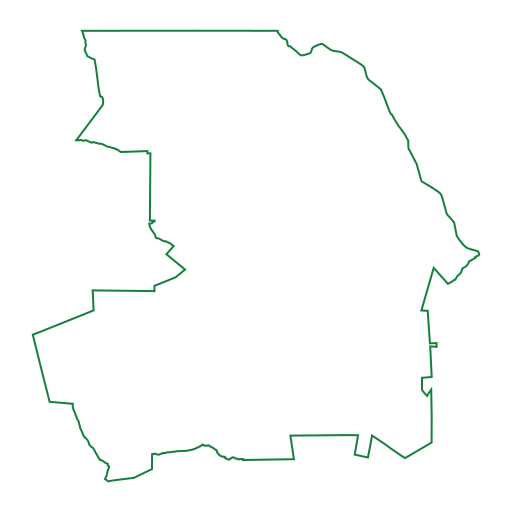 outline of Juárez, Chihuahua, Mexico
{"feature_id": "50627088B5477759296036", "entity_name": "Juárez", "entity_type": "district", "adm_level": 2, "iso_a3": "MEX", "parent_name": "Mexico", "parent_adm1": "Chihuahua", "projection": "albers", "projection_center": [-106.665, 31.452], "detail": "fine", "context": "isolated", "style": "outline", "palette": "green", "viewbox_px": 512, "rotation_deg": 0, "n_neighbors": 0, "source": "geoboundaries", "source_scale": "gbopen_adm2", "svg_char_len": 5889}
<svg xmlns="http://www.w3.org/2000/svg" viewBox="0 0 512 512"><path d="M477.8,251.2L470.9,249.3L467.3,248.1L465.6,246.9L463.4,244.9L458.8,239.1L457.0,236.3L456.7,235.5L454.2,222.9L453.0,221.0L447.6,215.0L446.9,214.0L446.6,213.3L442.1,197.0L441.5,195.5L440.6,194.0L439.2,192.5L432.1,187.6L422.0,181.6L421.3,180.8L417.2,165.9L416.6,163.9L415.7,162.1L408.6,148.6L408.4,147.9L408.2,141.1L408.2,140.6L408.0,140.1L407.0,138.5L405.1,134.9L400.3,128.1L398.4,125.7L397.3,123.9L395.7,121.4L393.5,117.6L392.4,115.4L391.7,114.5L391.0,114.1L390.1,112.7L387.8,106.9L384.0,96.7L381.1,89.9L380.7,89.2L373.4,83.4L369.5,80.4L368.0,79.0L366.9,77.0L366.1,74.2L366.0,73.6L364.6,68.3L364.2,67.5L362.7,65.6L360.0,63.8L348.5,56.5L342.2,52.6L340.1,51.8L334.5,51.1L332.6,50.6L330.8,49.9L322.4,44.0L321.8,43.8L319.4,44.4L318.4,44.9L317.4,45.2L314.6,46.5L313.6,47.0L312.7,47.8L312.0,48.8L311.1,52.0L310.4,52.8L309.6,53.4L307.4,54.1L303.8,55.1L302.5,55.3L301.3,55.3L300.1,54.8L299.3,54.2L298.6,53.5L296.9,52.0L296.2,51.2L295.2,50.5L292.8,48.4L292.0,48.0L290.4,46.4L290.0,46.2L288.7,46.3L288.4,46.0L287.8,45.1L287.4,43.7L287.1,41.3L286.8,40.6L286.0,39.5L285.6,39.2L283.8,38.8L283.2,38.6L281.1,36.7L280.4,35.7L280.0,35.0L277.7,32.3L277.6,31.9L277.7,30.8L197.6,30.7L82.0,30.8L82.4,31.5L82.5,32.0L83.0,33.1L83.9,36.9L84.4,38.3L85.5,40.5L85.4,42.4L86.0,44.3L86.1,44.8L84.6,49.9L87.5,56.3L90.4,57.7L91.9,58.6L94.3,59.3L94.6,59.6L96.1,68.4L97.3,77.7L98.2,85.4L99.1,91.1L100.0,96.0L100.5,96.4L100.6,96.6L101.0,96.7L101.7,96.7L102.0,96.8L102.2,97.5L102.5,97.8L102.5,98.2L102.9,98.9L103.2,100.7L103.2,101.5L103.0,103.7L102.8,104.9L79.8,135.6L77.4,138.7L76.9,139.5L76.2,140.3L77.4,140.5L78.3,140.4L79.1,140.1L79.6,140.2L80.2,140.0L80.9,140.0L81.9,140.2L83.1,140.8L83.4,140.8L84.5,140.6L84.8,140.6L85.8,140.2L86.2,140.2L86.8,140.4L87.5,141.0L89.0,141.5L90.0,142.2L90.6,142.4L91.1,142.3L91.8,142.6L92.3,142.6L93.3,142.1L93.8,142.1L94.8,142.5L95.0,142.6L96.1,142.8L96.5,143.0L96.8,143.0L97.5,143.2L98.8,143.7L100.1,143.8L100.8,143.6L103.4,144.6L104.6,145.3L105.4,145.5L107.2,146.6L107.6,146.7L109.5,147.0L110.7,147.3L111.5,147.7L112.0,147.8L112.7,147.9L114.0,148.3L115.3,148.9L115.8,148.8L116.4,149.3L118.0,149.9L119.1,150.9L120.8,152.0L147.4,151.1L147.4,153.3L150.4,153.3L149.9,220.6L154.7,220.6L154.7,221.2L154.0,221.6L152.7,221.9L152.2,223.0L151.8,223.4L150.3,223.5L149.9,223.7L149.3,223.7L149.7,226.2L150.9,228.9L154.6,234.1L155.6,236.6L155.6,237.3L155.7,237.5L156.3,238.0L156.5,238.1L156.8,238.1L157.5,238.3L158.3,238.3L159.3,238.8L160.4,239.3L161.7,240.2L164.0,241.1L164.2,241.3L165.5,241.4L166.1,241.3L166.9,241.9L168.0,242.5L168.4,242.5L168.9,242.9L169.7,243.0L170.7,243.7L171.6,244.6L172.9,245.5L173.1,245.7L173.3,245.8L173.7,246.1L166.4,254.2L185.1,269.6L175.5,277.3L174.2,277.9L154.5,285.8L154.5,291.1L92.7,290.4L93.6,310.4L38.8,332.4L32.8,334.6L39.9,363.5L49.6,401.8L72.9,403.8L72.7,405.2L72.8,406.9L72.9,407.6L73.5,409.7L74.0,411.0L74.7,412.1L75.0,413.3L75.8,415.5L76.7,417.1L76.7,417.5L76.6,417.8L76.6,418.1L77.2,419.1L78.1,420.4L78.8,422.0L79.1,423.8L80.0,426.5L80.0,427.5L81.4,430.4L81.7,431.5L82.0,431.9L82.4,433.0L83.1,434.3L83.1,434.5L83.4,434.9L83.4,435.6L83.9,436.4L84.4,437.0L84.6,437.4L84.7,437.5L85.1,437.5L85.4,437.7L87.5,440.1L88.7,442.4L88.9,443.1L88.9,443.9L89.3,444.6L91.1,446.6L92.2,447.4L93.2,448.2L94.2,449.9L95.9,453.2L96.6,454.1L97.0,454.8L97.6,456.0L97.9,456.9L99.1,458.3L99.4,459.0L99.7,459.7L100.0,459.6L100.2,459.8L100.5,459.7L101.3,460.1L101.8,460.5L102.1,460.6L103.8,461.6L105.0,462.6L106.8,463.5L107.8,463.9L107.7,464.6L108.0,465.7L108.5,466.3L108.9,466.3L109.0,467.2L108.6,468.5L108.3,469.2L108.0,469.5L107.6,471.3L107.3,472.8L107.3,473.1L106.5,475.5L106.6,476.0L105.8,477.3L105.0,479.0L108.2,481.3L112.7,480.5L133.9,477.8L152.0,469.1L152.1,454.0L152.4,453.9L153.4,454.0L155.5,453.7L156.6,454.3L157.9,454.7L158.3,454.7L159.1,454.6L159.9,454.1L160.3,453.9L161.3,453.9L162.3,453.5L162.5,453.1L162.9,453.0L164.8,453.0L167.6,452.3L168.8,452.3L171.3,452.1L173.0,451.7L175.6,451.6L176.8,451.2L181.0,451.1L184.3,450.9L185.0,450.8L186.0,450.9L186.5,450.8L192.5,449.6L193.6,449.1L195.6,448.6L196.0,448.4L196.5,447.9L197.7,447.4L198.6,447.2L199.6,446.5L200.4,446.2L201.0,445.7L201.6,445.5L202.4,444.5L202.8,444.7L203.2,445.0L203.7,445.3L204.0,445.6L204.6,445.5L204.9,445.6L205.3,445.6L205.5,445.7L205.8,445.8L206.7,445.5L207.3,445.7L208.5,445.3L209.0,445.4L209.8,446.4L210.0,446.5L210.3,446.5L210.6,446.7L210.9,446.7L211.9,447.4L212.3,447.5L213.2,447.9L214.0,448.6L215.2,449.5L216.2,450.1L216.7,450.8L216.8,451.2L217.0,451.3L217.2,451.7L217.1,452.4L218.2,453.5L218.6,454.1L218.8,454.5L219.4,455.2L220.4,455.6L220.9,456.1L221.4,456.4L223.1,456.6L223.4,456.6L223.6,456.6L224.0,457.0L224.9,456.8L225.1,456.9L225.2,457.1L225.2,457.5L225.3,457.8L225.3,458.1L225.5,458.1L226.0,458.6L226.7,458.7L228.2,459.6L228.9,459.6L229.4,459.4L230.1,458.7L230.4,458.7L230.9,458.3L231.5,458.1L232.0,457.5L232.3,457.4L232.6,457.4L233.1,457.5L233.6,457.4L233.8,457.6L234.3,457.6L235.1,458.1L235.3,458.5L236.5,458.8L236.8,458.8L237.0,458.6L237.9,458.8L238.5,459.5L239.2,459.4L239.7,459.2L239.9,459.0L240.4,458.8L241.4,459.1L242.5,459.1L242.9,459.2L242.7,459.4L242.7,460.0L293.9,459.2L290.4,435.6L346.9,435.1L358.1,435.2L354.7,454.6L367.9,457.5L370.2,446.0L372.0,435.5L384.4,443.8L391.5,449.0L404.9,458.1L410.4,455.0L431.6,442.5L431.7,416.5L431.2,389.6L428.7,393.2L427.1,395.9L424.3,392.9L422.0,390.0L422.0,377.8L431.7,377.0L430.2,346.4L436.6,346.8L436.5,343.1L429.9,343.4L427.7,310.8L421.4,310.5L433.7,267.9L448.0,283.9L450.9,282.1L451.6,281.9L452.6,281.2L453.2,280.6L454.0,280.1L455.3,279.6L456.8,276.9L457.6,275.7L458.8,274.7L459.7,274.1L461.0,272.3L461.9,270.1L462.6,268.2L464.3,267.4L465.3,266.8L466.1,266.2L467.1,265.2L468.4,263.3L469.0,261.5L473.3,259.1L475.3,257.8L475.0,257.4L475.0,257.2L476.4,256.5L476.5,256.3L478.5,255.5L479.2,254.6L479.1,253.5L477.8,251.2Z" fill="none" stroke="#15803d" stroke-width="2"/></svg>